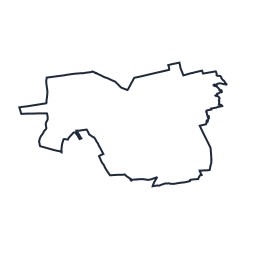 Boghesti, Bacau, Romania (Natural Earth projection), rotated 171°
{"feature_id": "2599482B44554474680390", "entity_name": "Boghesti", "entity_type": "district", "adm_level": 2, "iso_a3": "ROU", "parent_name": "Romania", "parent_adm1": "Bacau", "projection": "natural_earth1", "projection_center": [27.419, 46.16], "detail": "fine", "context": "isolated", "style": "outline", "palette": "slate", "viewbox_px": 256, "rotation_deg": 171, "n_neighbors": 0, "source": "geoboundaries", "source_scale": "gbopen_adm2", "svg_char_len": 5636}
<svg xmlns="http://www.w3.org/2000/svg" viewBox="0 0 256 256"><g transform="rotate(171 128 128)"><path d="M113.9,176.6L115.2,175.1L116.0,173.9L116.6,173.2L117.1,172.6L118.8,170.3L119.3,169.8L119.5,169.4L120.6,167.9L122.4,165.7L122.6,165.6L125.0,167.0L126.5,167.8L128.1,168.8L128.6,169.2L129.6,170.5L131.4,173.1L133.5,175.9L134.5,176.4L139.0,179.4L140.9,180.7L142.3,181.4L142.9,181.6L143.3,181.9L144.4,182.6L146.6,184.3L148.1,185.2L148.7,185.7L149.7,186.4L151.4,187.3L151.2,187.5L151.8,187.8L154.3,189.4L154.5,189.2L155.8,189.0L156.5,189.0L158.2,189.1L159.5,189.1L162.0,189.2L164.3,189.1L164.9,189.4L169.2,189.7L173.0,190.0L181.0,190.1L181.9,190.0L200.4,190.5L200.8,189.1L201.4,187.5L201.4,187.0L201.7,184.8L201.7,182.8L201.8,181.1L201.8,177.5L202.0,176.0L202.5,173.7L203.4,170.3L203.7,169.4L204.2,168.2L204.3,167.2L204.5,165.9L204.9,165.2L224.4,165.2L228.8,165.4L232.1,165.4L231.3,159.6L231.2,158.8L231.1,158.6L230.0,158.5L226.9,158.2L226.2,158.0L225.5,157.9L225.4,158.0L222.4,157.5L216.6,156.7L214.5,156.5L211.4,156.0L208.1,155.5L207.6,155.4L206.1,155.2L205.8,155.1L205.7,154.9L205.7,154.2L205.6,152.8L205.7,152.2L205.6,151.4L205.9,149.7L206.0,149.1L206.5,148.3L206.9,147.7L207.8,146.8L207.9,146.5L208.1,145.8L208.5,145.3L208.6,145.0L208.6,144.8L208.6,144.3L208.7,143.7L208.7,143.2L208.7,142.6L208.7,141.6L208.6,140.9L208.7,140.4L209.2,139.7L209.4,139.5L209.8,139.3L211.4,138.1L212.5,136.4L213.9,134.9L214.6,134.2L215.2,133.7L215.8,132.9L216.1,132.4L216.5,131.8L217.0,130.9L217.4,129.9L217.4,129.7L217.9,128.7L217.8,125.3L217.7,124.4L217.6,123.8L205.4,118.2L202.6,117.0L198.5,115.5L197.4,114.4L197.2,115.2L197.2,115.5L197.4,116.1L196.7,118.5L196.4,119.9L195.5,122.6L194.8,124.2L194.3,125.0L194.0,125.8L193.5,126.8L193.1,127.1L192.8,127.1L189.6,126.1L189.1,126.0L188.5,127.0L188.3,127.4L186.3,129.0L183.6,131.1L182.5,132.0L180.8,132.0L179.9,130.1L179.6,129.7L178.8,128.1L178.1,125.9L177.5,124.6L176.8,124.8L175.7,125.1L176.7,127.1L177.1,128.2L177.3,128.9L178.0,130.4L178.8,132.5L179.2,133.4L178.3,133.3L176.7,133.0L174.1,133.0L172.9,133.0L169.1,132.9L168.2,130.7L167.8,129.4L167.5,128.4L167.3,127.6L166.3,126.8L165.4,125.9L164.5,125.0L162.8,123.8L162.5,123.1L161.7,121.3L161.4,120.1L160.8,118.7L160.4,118.1L160.2,117.6L159.9,116.7L159.8,115.9L159.4,114.7L158.7,113.0L156.4,106.2L157.8,105.9L158.0,105.7L159.5,105.4L160.3,105.1L161.0,104.8L159.8,100.2L159.6,99.3L159.1,97.9L157.9,95.7L157.3,94.2L157.1,93.1L156.5,91.4L155.1,88.2L154.8,87.6L154.2,86.2L153.1,84.1L145.8,83.4L141.7,82.8L140.2,82.6L138.4,82.6L137.4,81.2L136.9,80.5L136.3,79.9L135.6,79.4L135.4,79.1L134.5,78.3L134.1,77.9L133.5,77.5L132.9,76.7L133.5,76.3L133.0,75.5L131.9,76.1L131.4,76.2L129.8,76.1L128.3,75.9L127.3,75.9L127.1,75.7L125.6,75.8L125.0,75.6L123.4,75.5L120.6,75.0L117.0,73.8L115.9,73.6L114.1,73.6L112.6,73.8L106.6,74.9L107.1,74.6L108.2,73.2L109.2,72.2L109.7,71.4L110.4,70.7L111.8,68.5L112.6,67.1L112.8,66.6L112.5,66.6L109.9,66.7L109.5,66.7L109.1,66.6L108.0,66.6L106.0,66.2L104.9,66.5L103.7,66.8L102.6,67.0L101.3,67.1L100.6,67.3L99.8,67.4L99.3,67.3L97.9,67.1L97.7,67.0L96.7,67.0L95.9,66.8L95.1,66.5L94.6,66.2L94.3,66.1L92.6,65.9L91.1,65.6L89.9,65.7L87.9,65.7L87.3,65.7L84.5,65.7L80.7,65.5L78.3,65.6L77.1,65.8L76.2,65.8L75.4,65.8L75.1,65.9L74.9,66.8L74.6,67.0L74.3,67.1L73.3,67.0L71.3,67.0L66.7,66.6L66.6,67.1L64.6,69.6L64.2,70.0L63.9,70.2L63.6,70.2L63.2,70.0L62.9,70.0L62.6,70.0L62.6,70.3L62.9,70.9L63.8,73.9L63.9,74.7L62.1,74.4L58.9,74.2L57.6,73.9L54.0,73.7L53.8,74.0L52.5,77.6L51.1,80.8L51.0,81.3L50.8,83.4L50.6,83.4L50.3,86.3L49.9,90.8L49.6,95.1L49.7,96.0L50.0,96.9L51.1,100.5L54.3,110.6L56.8,119.0L54.2,119.2L50.3,119.5L49.9,120.2L49.7,121.4L49.5,121.9L49.2,122.0L48.8,121.5L48.5,121.6L48.4,122.0L49.1,122.8L48.8,123.2L47.9,122.8L47.1,124.7L46.6,124.9L46.5,125.5L47.5,126.0L47.5,126.6L46.5,126.6L46.3,127.0L47.1,127.5L47.5,127.9L47.7,128.2L48.0,130.3L47.8,130.7L47.8,130.9L48.2,131.5L48.2,131.9L48.1,132.1L47.7,132.2L47.6,132.5L47.8,132.8L47.7,132.9L47.4,133.0L42.9,133.2L43.0,134.2L41.6,134.2L41.0,134.2L40.2,134.3L37.8,134.3L36.0,134.7L32.5,134.9L31.4,134.9L31.4,135.0L31.6,135.4L32.0,135.6L32.6,135.7L32.8,135.9L32.9,136.1L32.9,136.3L32.8,136.5L33.0,136.6L33.9,136.9L34.6,137.0L33.6,140.2L33.6,140.4L34.0,140.7L33.8,141.5L33.5,142.2L33.1,142.6L32.9,143.1L33.3,144.2L33.5,144.5L34.3,145.1L34.8,145.6L35.4,145.7L35.9,145.8L36.4,146.2L36.6,146.4L36.5,146.5L36.1,146.6L34.7,146.7L34.6,146.8L34.7,147.6L34.7,147.8L32.1,148.5L31.8,148.9L30.8,149.0L30.0,148.6L29.8,148.7L29.7,148.8L29.6,149.3L29.7,150.1L29.8,150.5L30.2,150.9L30.3,150.9L30.6,150.9L30.8,150.9L31.5,151.1L31.8,151.3L31.6,151.8L32.1,152.7L32.5,153.3L33.1,154.0L33.6,154.6L33.7,154.9L33.7,155.3L33.7,155.8L33.7,156.3L33.8,156.4L35.2,156.3L35.3,156.3L35.3,155.9L35.3,155.7L35.5,155.7L36.1,156.1L36.6,156.7L36.8,156.8L36.8,157.0L36.7,157.2L36.6,157.3L36.3,157.3L36.1,157.4L35.4,157.3L34.7,157.0L34.3,157.0L33.8,157.1L33.4,157.4L32.6,157.7L31.7,157.8L30.3,157.7L29.8,157.7L28.9,157.4L26.9,156.5L26.4,156.3L25.5,156.3L25.3,156.1L25.1,155.9L24.5,155.5L24.0,155.5L23.9,155.6L23.9,155.8L23.9,156.0L24.1,156.3L25.0,157.6L25.4,158.8L25.6,159.1L25.8,159.6L26.8,160.6L27.0,160.7L27.5,161.8L27.8,162.2L27.9,162.5L28.0,162.8L28.0,163.1L27.9,163.6L28.1,164.1L28.6,164.7L29.0,165.0L29.3,165.1L30.1,165.3L30.4,165.4L31.2,165.5L31.6,165.6L32.3,166.2L32.3,166.3L32.0,167.4L31.9,167.7L32.1,168.3L32.2,169.4L32.3,169.8L32.5,170.2L40.1,170.1L45.3,170.0L45.4,170.3L45.9,173.1L53.7,172.5L54.9,172.4L55.3,172.2L55.8,172.2L56.9,172.3L65.1,171.3L65.8,174.8L66.7,178.5L67.0,184.5L74.3,184.2L78.4,183.8L78.2,183.0L78.0,180.4L78.3,179.0L91.5,178.1L108.0,176.9L113.9,176.6Z" fill="none" stroke="#1e293b" stroke-width="2"/></g></svg>